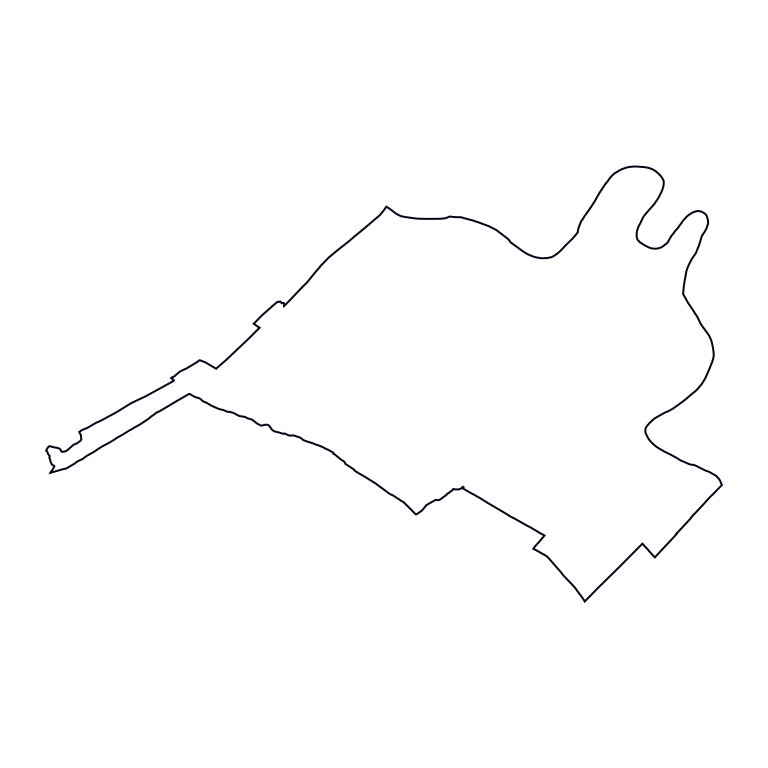 outline of Mitoc, Botosani, Romania
{"feature_id": "2599482B74445909535632", "entity_name": "Mitoc", "entity_type": "district", "adm_level": 2, "iso_a3": "ROU", "parent_name": "Romania", "parent_adm1": "Botosani", "projection": "equal_earth", "projection_center": [26.969, 48.099], "detail": "fine", "context": "isolated", "style": "outline", "palette": "ink", "viewbox_px": 768, "rotation_deg": 0, "n_neighbors": 0, "source": "geoboundaries", "source_scale": "gbopen_adm2", "svg_char_len": 6068}
<svg xmlns="http://www.w3.org/2000/svg" viewBox="0 0 768 768"><path d="M584.7,601.5L598.3,587.6L617.9,568.4L642.4,543.7L648.0,549.7L649.8,551.9L654.8,557.4L676.4,534.3L676.1,534.0L681.4,528.4L690.5,518.6L691.9,516.6L693.4,514.9L695.9,512.4L704.3,503.4L710.6,496.4L712.8,494.4L721.9,485.0L719.9,480.3L718.1,477.9L715.9,475.7L714.5,474.9L709.1,471.8L705.6,470.6L695.6,465.6L693.3,464.8L691.5,464.8L688.9,464.0L680.2,460.2L677.3,458.3L670.6,454.6L664.5,451.6L658.6,448.2L656.6,446.9L654.2,445.0L651.1,442.0L649.4,440.1L648.0,437.9L645.7,433.3L645.3,431.2L645.4,429.6L645.8,428.1L646.5,426.6L649.6,422.9L654.0,418.9L656.1,417.5L664.5,412.8L668.9,410.9L673.1,408.5L682.6,401.7L686.1,398.9L691.8,394.0L694.8,391.7L697.4,389.2L699.9,386.3L701.9,383.8L705.1,378.6L706.5,375.6L709.5,368.7L712.4,361.4L713.7,356.5L713.6,352.3L712.9,347.4L712.1,343.7L711.4,340.9L710.1,337.7L708.9,335.4L706.8,332.3L702.1,326.0L700.4,323.3L698.3,318.8L696.9,316.1L695.0,313.5L693.6,311.0L688.0,302.8L683.1,294.0L683.9,285.6L684.4,282.6L684.7,280.4L685.3,277.5L686.3,271.6L686.9,269.5L688.5,265.4L691.2,260.1L692.9,257.3L695.8,253.3L699.4,244.3L701.6,236.7L702.4,235.1L705.1,231.1L706.6,228.1L708.1,223.5L708.1,221.8L707.6,218.7L706.6,215.6L705.5,214.2L704.3,213.2L701.1,211.5L697.4,210.9L692.3,212.6L688.0,215.5L686.6,216.8L683.3,220.4L677.5,228.5L675.3,230.8L673.4,233.5L671.3,236.0L667.7,242.4L666.8,243.3L664.4,245.2L662.4,246.7L661.2,247.4L658.4,248.3L657.0,248.6L654.2,248.7L651.4,248.3L650.0,247.9L646.3,246.2L643.8,244.8L640.1,242.4L638.0,240.3L637.2,238.9L636.8,237.3L636.6,235.7L636.7,233.2L637.1,230.6L637.9,228.2L638.8,225.9L640.2,223.5L642.7,218.1L644.1,215.8L646.6,212.8L654.4,203.9L658.4,197.9L661.7,191.5L663.3,186.9L663.7,184.2L663.8,182.2L663.5,180.5L663.0,179.3L661.2,176.6L660.1,175.3L657.7,172.9L655.0,170.7L651.9,169.0L648.3,167.8L644.9,167.2L636.5,166.5L633.0,166.6L629.0,167.0L625.5,167.9L622.2,169.1L619.6,170.3L617.8,171.5L614.8,173.2L613.3,174.4L610.9,176.8L609.8,178.1L608.0,180.8L605.1,184.4L600.1,191.9L596.5,198.0L594.9,201.0L591.5,206.3L589.2,209.7L584.2,216.6L583.0,218.8L581.3,221.0L579.5,225.3L578.7,227.6L578.0,230.0L577.7,232.5L573.3,237.8L565.4,245.6L560.5,250.8L557.6,253.4L554.1,255.8L551.7,257.1L547.4,258.0L541.7,258.3L538.7,257.8L535.9,257.3L532.3,256.2L527.6,254.2L523.3,251.6L512.5,243.7L510.6,242.4L509.0,240.0L507.7,238.7L496.3,230.0L489.7,226.6L488.0,225.9L479.2,222.6L472.0,220.2L468.3,219.3L460.9,217.2L457.1,217.2L453.2,217.0L451.3,216.7L449.4,216.6L446.0,218.1L444.2,218.4L440.1,218.8L426.6,218.9L418.9,218.7L415.1,218.4L405.7,217.1L401.9,216.4L400.2,215.8L396.0,213.7L393.8,211.9L389.1,208.4L386.3,206.7L384.2,209.8L380.1,214.9L364.2,228.5L355.6,235.5L349.0,241.2L336.2,251.3L328.9,257.4L320.3,266.2L319.7,267.2L316.2,271.2L306.9,282.6L302.5,286.9L286.1,304.1L284.0,306.0L283.9,305.2L284.3,304.0L284.2,303.6L284.0,303.2L283.3,303.0L282.7,303.0L281.6,303.2L281.3,302.7L281.1,302.1L280.7,301.7L280.2,301.5L279.1,302.0L278.3,301.7L277.6,301.8L273.5,305.1L261.7,315.6L253.7,323.8L259.6,327.8L256.7,330.6L249.1,338.2L226.0,360.1L216.1,368.7L205.4,362.4L199.8,360.2L199.5,360.3L196.9,362.2L190.1,366.3L185.3,369.1L184.1,369.5L180.1,371.5L178.7,372.5L176.0,374.8L175.3,375.7L174.6,376.0L173.9,376.6L172.5,377.3L171.8,377.4L171.1,378.2L172.5,379.0L173.4,379.8L173.9,380.5L172.7,381.2L172.8,381.4L146.4,395.9L130.9,403.3L116.9,412.0L101.8,420.2L95.9,422.9L87.3,427.9L82.1,430.0L80.1,431.3L79.2,432.0L81.0,435.4L81.1,437.2L81.3,439.3L80.5,440.8L77.6,442.9L77.2,443.3L75.6,443.8L73.3,444.9L69.9,448.0L66.8,450.6L65.5,451.2L64.1,451.6L62.0,451.8L61.4,451.5L60.4,449.4L59.7,448.8L58.8,448.3L55.9,447.6L55.3,447.6L51.9,446.8L50.2,446.2L48.8,446.5L47.7,447.7L46.6,449.9L46.2,450.2L46.1,450.4L46.4,450.9L47.3,451.8L48.1,454.1L49.6,455.8L49.7,456.3L49.4,457.2L49.4,458.0L50.1,459.5L50.5,461.5L51.9,464.6L52.2,464.9L53.9,465.6L54.3,466.1L54.3,466.6L52.4,469.9L51.1,471.6L50.4,472.8L63.0,469.2L66.0,468.6L74.6,463.6L77.3,461.5L80.8,459.7L82.1,459.4L83.2,458.6L84.6,457.4L86.9,455.8L94.0,451.8L99.2,448.3L102.6,446.2L108.7,443.0L114.1,439.8L116.6,438.0L122.9,434.5L127.8,431.4L132.0,429.0L134.7,427.3L136.9,426.2L140.7,424.0L148.6,418.7L150.9,416.7L154.0,414.6L156.0,412.9L160.2,410.9L177.8,400.4L185.0,396.3L188.5,394.2L189.2,393.9L189.5,393.9L191.2,394.8L194.5,396.8L196.4,397.5L198.6,398.0L199.9,398.6L200.6,399.1L202.3,400.7L203.5,401.5L204.4,402.0L206.5,402.7L211.3,405.6L217.2,408.3L221.0,409.6L223.5,410.0L226.8,411.6L230.2,412.0L232.8,412.7L234.8,413.6L239.0,415.9L241.5,416.4L244.5,416.8L245.8,417.3L247.8,418.4L251.0,419.3L252.0,419.7L252.7,420.1L257.0,423.5L260.6,425.4L261.1,425.5L262.0,425.5L265.6,424.7L267.4,424.8L269.1,425.6L270.3,427.2L271.6,429.2L272.5,430.1L273.4,430.8L274.9,431.5L279.1,432.5L282.8,433.7L283.5,433.8L284.5,433.5L284.9,433.6L287.8,435.0L289.1,435.5L290.0,435.6L292.9,435.4L295.0,435.8L296.7,436.5L298.0,436.8L299.6,437.4L301.6,438.5L302.8,439.7L303.2,440.0L305.8,441.1L312.8,443.3L314.6,444.0L315.7,444.5L317.4,445.0L320.1,446.0L322.9,447.2L326.0,448.9L328.0,449.7L331.1,451.5L333.0,452.4L333.3,452.7L333.4,453.3L333.4,453.9L333.9,453.9L334.2,454.0L341.8,460.2L343.3,460.9L343.8,461.3L344.7,462.3L345.5,464.0L353.1,468.9L353.9,469.6L354.8,470.7L355.4,471.2L358.8,473.3L364.1,476.3L375.6,483.5L390.0,494.1L393.2,495.5L396.4,497.7L399.4,499.5L401.3,501.0L403.3,501.9L412.1,510.6L415.2,513.9L415.9,514.4L416.7,514.2L421.2,511.1L422.0,510.4L424.4,507.7L426.4,505.1L435.4,500.0L438.5,500.1L439.1,500.0L440.9,499.2L441.3,498.6L443.1,497.3L444.1,496.5L446.0,495.3L446.5,494.8L446.5,494.6L446.9,494.0L448.9,492.8L452.1,490.4L452.8,489.8L453.2,489.0L456.0,489.5L459.0,489.3L460.0,489.0L460.8,488.6L461.9,487.8L462.6,486.8L463.3,487.1L463.6,487.3L463.4,488.1L463.1,488.5L470.0,492.6L474.2,494.8L480.5,498.4L486.5,502.2L507.7,514.7L509.7,516.1L514.9,518.8L527.5,525.9L529.8,527.0L539.7,532.9L544.5,535.5L539.3,541.7L535.0,546.4L533.3,548.8L535.8,550.0L546.5,556.1L548.5,558.0L561.3,572.7L563.2,575.2L565.4,577.6L572.0,584.4L575.3,588.1L578.8,593.1L580.0,594.5L583.3,599.1L584.7,601.5Z" fill="none" stroke="#020617" stroke-width="2"/></svg>